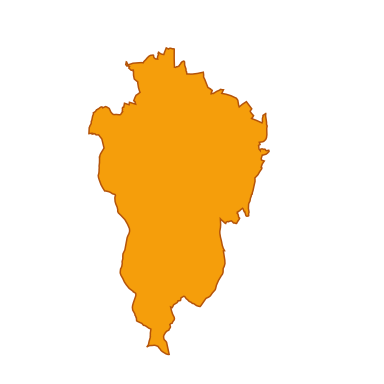 Raciu, Mures, Romania (Robinson projection), rotated 250°
{"feature_id": "2599482B26505266969931", "entity_name": "Raciu", "entity_type": "district", "adm_level": 2, "iso_a3": "ROU", "parent_name": "Romania", "parent_adm1": "Mures", "projection": "robinson", "projection_center": [24.372, 46.712], "detail": "fine", "context": "isolated", "style": "filled", "palette": "amber", "viewbox_px": 384, "rotation_deg": 250, "n_neighbors": 0, "source": "geoboundaries", "source_scale": "gbopen_adm2", "svg_char_len": 6028}
<svg xmlns="http://www.w3.org/2000/svg" viewBox="0 0 384 384"><g transform="rotate(250 192 192)"><path d="M277.3,256.5L277.7,255.5L278.7,253.9L278.7,253.7L278.3,252.9L278.1,249.5L277.4,246.5L277.5,245.8L277.3,245.6L277.7,244.8L277.7,243.6L278.3,243.8L280.1,245.3L280.1,245.5L280.6,245.8L282.2,244.5L282.5,244.7L284.8,242.7L293.4,242.5L296.0,242.2L298.1,243.0L300.7,243.6L301.5,237.8L302.6,233.0L303.3,230.8L303.5,230.6L304.7,227.5L306.9,228.0L308.1,227.8L309.6,228.4L313.7,228.5L316.8,229.5L317.5,229.3L317.8,229.1L317.9,228.7L317.7,227.0L317.3,226.4L317.2,225.9L316.5,225.4L315.8,224.0L314.8,222.8L314.9,222.4L314.7,221.8L314.7,221.0L315.0,220.5L315.0,220.3L314.7,219.3L314.7,219.1L315.2,218.6L315.3,218.2L323.8,221.0L332.4,224.2L332.7,224.0L333.0,223.3L333.1,222.8L334.2,221.4L334.6,220.6L334.7,219.8L334.3,218.9L336.2,217.1L332.4,213.7L330.8,212.5L332.0,210.5L333.8,208.9L334.8,208.5L334.7,208.2L334.1,208.0L333.6,207.4L332.5,207.5L331.3,206.2L329.5,205.2L328.7,205.2L329.5,203.3L330.8,202.4L331.8,202.2L333.6,202.6L334.0,202.3L334.6,199.7L334.3,197.9L333.3,195.7L332.1,193.7L331.3,191.9L330.5,190.7L330.1,190.3L330.9,188.7L331.5,186.7L333.2,180.6L333.3,175.3L336.6,175.0L336.8,174.8L334.4,173.3L332.5,174.0L332.7,175.0L331.7,175.6L331.2,176.2L330.1,175.0L327.2,176.5L326.8,178.1L326.6,178.5L325.8,178.0L325.5,178.3L321.8,177.0L317.9,176.4L313.9,178.7L313.0,178.3L308.4,177.4L304.7,177.2L303.4,177.3L302.2,173.5L302.2,172.9L301.8,172.3L300.3,170.7L297.7,168.5L296.7,169.0L296.5,169.3L293.8,169.1L297.7,163.9L295.5,162.7L298.5,158.9L295.0,156.8L295.3,156.1L295.1,155.6L294.0,155.0L293.5,155.0L291.6,154.0L291.2,154.3L290.6,153.5L290.4,152.9L289.3,151.6L289.2,151.0L289.3,150.4L290.8,147.3L291.4,145.2L291.9,144.5L292.8,143.9L294.8,143.1L298.8,142.8L300.8,141.2L301.8,140.1L301.8,139.5L301.6,136.9L302.3,136.8L302.8,136.4L303.0,135.5L302.7,134.1L302.3,133.2L302.1,131.7L301.9,131.5L301.9,130.4L300.7,128.8L300.1,126.3L299.6,126.3L298.9,126.0L297.2,124.5L293.7,122.4L292.8,121.5L291.0,120.8L289.7,119.5L289.2,118.8L288.5,118.3L287.6,117.4L282.1,115.1L281.4,118.2L280.5,118.0L280.5,119.5L280.2,119.5L280.0,120.6L278.5,121.4L277.6,123.8L272.6,125.4L264.5,124.5L263.4,124.4L259.2,119.2L258.0,118.1L255.9,116.9L256.0,116.8L254.9,116.5L251.2,115.1L248.2,113.6L246.5,113.1L245.0,112.4L243.6,111.9L241.5,110.9L240.0,109.8L239.5,109.5L237.6,109.1L235.5,109.0L230.1,109.0L226.6,109.5L222.8,110.3L222.4,111.4L220.6,114.1L219.7,115.1L217.5,116.7L216.0,118.8L215.7,118.9L214.6,118.8L214.4,118.4L212.9,117.5L209.4,116.5L206.9,116.3L203.4,116.5L200.9,116.2L199.3,115.6L197.8,115.6L197.3,115.8L194.2,117.3L189.0,119.5L183.8,120.4L179.2,120.7L177.4,120.3L176.2,119.8L174.6,118.7L172.5,116.5L171.2,115.4L160.5,109.1L157.5,106.0L155.3,105.0L153.0,104.2L150.5,102.5L148.4,101.9L147.8,101.5L146.3,100.7L144.8,99.4L144.2,98.6L141.2,97.1L140.1,96.8L137.9,96.8L134.4,97.4L130.6,97.7L127.3,98.5L122.9,100.0L118.5,102.9L118.3,102.7L116.3,104.3L115.6,104.4L113.9,103.8L113.2,103.3L107.8,98.9L105.7,97.4L104.0,96.5L101.3,95.9L97.1,96.6L95.6,96.3L94.6,96.6L93.1,96.5L92.9,96.7L89.9,95.9L89.2,96.4L85.6,100.0L83.3,100.8L82.7,102.0L81.9,102.7L78.5,105.1L77.9,105.9L77.2,106.5L73.7,104.6L72.2,104.1L70.4,103.3L70.2,103.4L69.4,102.9L66.3,100.6L63.4,98.8L61.7,96.4L62.0,97.2L62.2,99.0L61.9,100.5L61.3,102.4L60.9,104.2L60.1,105.5L58.5,107.3L57.0,107.6L56.0,108.1L53.7,108.7L52.1,109.6L48.7,112.3L47.4,114.1L47.2,115.0L59.5,116.7L61.1,116.2L62.7,115.4L64.1,115.4L66.0,115.9L67.1,116.7L69.0,119.0L69.9,120.9L70.1,123.0L71.0,123.8L72.0,125.2L72.6,125.6L73.0,125.7L75.1,125.8L75.6,127.3L75.5,128.5L76.0,129.0L76.5,129.3L78.0,131.6L78.3,131.8L79.0,132.2L80.4,132.4L84.0,132.0L87.5,132.1L91.2,132.6L90.1,133.7L91.0,134.9L92.1,135.9L92.4,136.5L93.1,140.0L93.9,141.3L94.5,141.5L94.5,142.0L94.0,143.5L94.0,144.1L96.3,145.5L96.8,148.3L96.8,148.7L96.2,149.4L93.7,150.1L92.5,150.9L90.2,151.9L88.6,153.5L87.2,154.2L86.5,155.5L83.8,157.3L82.6,158.8L81.6,160.4L81.8,160.9L82.5,162.0L87.1,168.5L87.3,169.0L87.5,171.6L87.9,173.1L88.2,173.8L90.1,176.5L92.1,180.2L92.8,180.9L96.1,183.1L99.9,186.7L103.4,191.0L104.3,192.4L105.1,193.1L106.1,193.8L109.4,195.1L111.2,196.9L113.5,198.5L116.7,199.5L125.3,201.2L126.0,201.4L125.7,202.5L128.3,202.1L131.5,202.2L136.0,202.9L139.9,203.3L143.6,204.0L145.6,204.7L148.9,206.6L151.4,207.7L157.1,209.5L155.9,210.0L153.4,211.4L151.8,212.1L150.9,212.9L152.0,213.9L152.0,215.6L151.5,216.2L151.6,216.6L151.5,219.0L150.0,220.0L149.3,220.1L148.6,220.5L148.4,221.4L147.8,221.9L147.2,222.9L147.3,223.3L148.0,223.9L148.8,225.1L149.1,225.2L150.1,226.9L150.4,227.0L151.1,227.8L152.4,227.2L154.4,227.6L155.4,227.6L156.6,227.2L156.7,227.6L157.6,227.7L157.6,228.6L157.9,228.9L158.0,230.1L158.2,230.8L158.6,231.2L159.4,234.0L158.9,234.2L155.7,234.3L155.4,234.4L155.4,234.8L151.3,234.6L150.7,235.0L150.4,235.4L150.2,236.8L150.3,237.1L150.8,237.4L152.0,237.6L153.5,238.7L157.3,239.4L161.1,241.0L161.9,241.5L163.7,243.4L166.2,244.8L167.5,246.0L169.3,247.1L169.3,247.6L169.6,248.0L170.5,248.3L172.6,249.9L176.6,252.4L180.3,254.8L182.5,255.6L183.7,255.9L185.7,259.9L187.9,262.5L190.1,265.6L191.0,265.9L191.4,265.4L193.0,266.5L194.4,267.7L196.4,270.5L198.1,268.4L198.4,268.2L199.8,268.5L202.7,270.7L202.4,271.2L202.3,273.4L202.2,273.8L202.2,274.6L202.8,276.5L203.1,276.8L203.6,278.1L203.8,278.3L204.1,278.4L205.0,278.4L205.3,276.2L205.8,275.6L207.0,275.4L207.5,274.7L207.6,273.8L208.2,273.3L208.6,272.5L208.8,271.5L208.7,271.0L208.5,270.6L207.6,270.3L209.2,269.7L210.2,269.8L211.8,270.3L212.9,270.4L213.1,270.5L213.3,272.2L215.7,272.2L215.0,275.7L215.1,276.9L216.1,279.2L217.6,280.6L220.1,281.9L226.3,284.0L228.3,285.2L230.1,285.2L232.0,285.9L237.9,287.1L239.8,287.7L240.1,288.1L240.5,288.1L239.7,284.9L238.8,284.6L237.0,283.3L234.7,282.5L234.3,282.5L233.0,281.4L237.0,277.3L240.6,273.2L240.8,273.1L241.2,274.2L242.7,276.0L243.0,275.9L243.7,275.5L246.8,274.4L248.1,274.3L249.7,276.6L258.3,274.0L257.2,269.3L255.8,265.5L257.6,265.5L262.5,266.4L264.9,265.8L269.2,261.5L272.2,257.5L274.5,253.7L277.3,256.5Z" fill="#f59e0b" stroke="#b45309" stroke-width="1.5"/></g></svg>